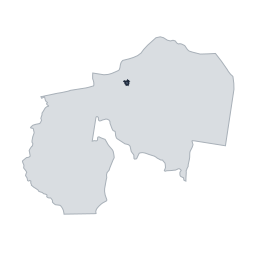 Lusaka, Lusaka, Zambia (highlighted), rotated 189°
{"feature_id": "96606910B10621059217070", "entity_name": "Lusaka", "entity_type": "district", "adm_level": 2, "iso_a3": "ZMB", "parent_name": "Zambia", "parent_adm1": "Lusaka", "projection": "robinson", "projection_center": [28.258, -15.427], "detail": "fine", "context": "in_parent", "style": "filled", "palette": "slate", "viewbox_px": 256, "rotation_deg": 189, "n_neighbors": 0, "source": "geoboundaries", "source_scale": "gbopen_adm2", "svg_char_len": 4563}
<svg xmlns="http://www.w3.org/2000/svg" viewBox="0 0 256 256"><g transform="rotate(189 128 128)"><path d="M171.4,176.8L160.1,176.8L156.0,177.8L152.7,179.3L148.7,181.8L146.3,183.4L145.7,184.4L145.4,186.4L145.4,189.6L145.0,191.9L143.8,193.9L137.7,196.5L133.7,198.5L129.8,201.0L126.8,204.1L124.8,208.0L121.5,212.9L114.5,221.5L110.4,223.1L107.0,222.7L102.9,220.9L99.7,220.6L97.3,221.7L95.0,221.4L93.0,219.5L91.3,218.9L89.9,219.4L88.1,219.3L84.9,218.3L82.0,215.2L80.5,214.0L79.4,213.5L76.0,213.0L68.3,212.3L60.3,213.8L53.3,215.3L46.1,208.5L39.1,201.2L37.6,199.4L35.0,197.0L33.1,195.8L32.4,195.2L30.5,188.7L29.4,182.8L29.0,125.7L60.6,125.7L62.6,125.5L62.7,124.9L61.2,121.8L61.3,120.8L61.7,118.7L63.0,114.6L63.1,113.2L62.5,108.7L62.5,106.2L62.8,101.1L62.6,99.4L63.4,97.1L63.6,95.6L63.9,94.9L63.5,93.2L62.9,87.2L62.5,84.6L64.4,85.0L65.0,86.3L65.4,87.6L66.2,87.7L68.5,88.5L69.3,89.6L69.8,92.0L69.5,93.3L68.8,94.3L69.5,95.2L71.0,95.8L71.9,95.6L74.4,93.9L76.8,93.3L78.0,92.9L83.2,91.8L84.2,91.2L84.9,91.2L85.5,91.7L85.0,93.4L84.8,94.9L85.5,97.8L86.0,99.1L87.1,100.1L87.9,100.6L88.7,101.7L90.6,101.5L94.6,102.9L95.8,103.6L97.5,104.3L98.7,104.5L102.8,105.1L107.1,105.9L109.4,106.0L111.0,105.7L112.1,105.3L112.8,104.9L113.1,104.5L114.7,99.0L115.6,98.6L116.7,98.3L117.3,98.8L118.0,102.2L121.1,105.3L122.2,108.0L123.0,110.2L123.7,110.8L124.9,111.6L126.8,111.8L128.5,111.9L137.0,115.7L137.9,116.4L139.0,118.5L139.6,120.8L140.2,122.6L141.3,122.9L142.3,123.1L143.3,124.3L144.0,125.4L146.5,129.9L146.9,131.7L148.1,132.9L149.7,133.4L151.3,133.4L152.1,132.9L154.3,132.0L156.0,130.9L157.2,130.5L157.9,130.8L158.5,131.5L158.9,133.7L160.1,134.5L161.0,134.2L161.3,133.3L161.3,132.9L161.3,109.4L160.6,109.6L159.6,110.2L157.3,110.3L156.5,110.8L156.2,111.6L156.4,112.6L156.4,113.9L156.1,114.5L155.1,114.7L153.7,114.2L151.1,113.6L148.9,113.2L147.4,111.4L145.3,108.7L144.0,107.4L140.7,104.6L140.1,104.1L139.1,102.8L138.2,100.6L137.4,98.1L137.0,96.4L137.8,94.0L139.7,85.8L140.1,83.3L141.7,80.7L141.9,78.4L141.2,75.5L141.4,73.8L141.6,64.5L141.2,61.6L140.1,58.3L137.7,53.8L137.7,52.8L141.4,49.9L142.5,48.8L144.4,46.4L145.7,44.4L146.5,42.7L146.8,40.6L146.2,38.5L147.4,38.2L177.7,32.9L178.1,34.3L179.0,36.6L180.1,38.3L181.4,39.8L182.5,40.7L183.2,41.0L187.8,40.9L189.5,41.8L191.0,42.9L191.3,44.7L192.3,45.8L193.3,46.7L193.8,46.8L194.5,46.6L195.8,46.6L196.9,47.0L197.5,47.4L197.5,48.9L197.9,49.5L199.5,49.8L201.1,49.9L202.6,50.9L204.3,51.1L206.2,51.5L207.1,52.6L209.2,53.7L211.7,54.7L214.5,56.4L214.5,56.9L215.0,57.8L215.5,58.5L215.5,59.6L215.8,60.5L216.5,60.7L217.1,60.8L217.6,60.1L218.3,60.1L219.1,60.6L219.4,61.7L220.1,63.2L221.1,64.2L221.8,65.1L221.5,66.9L221.1,68.5L222.5,70.1L224.3,71.7L224.8,72.3L224.9,74.6L225.2,75.4L226.4,77.2L227.0,78.5L226.9,79.2L223.6,82.9L221.6,83.5L220.7,84.3L220.2,85.0L221.5,88.8L222.1,90.2L221.6,91.9L220.2,94.9L219.6,95.2L219.5,97.4L219.9,98.3L220.6,98.9L220.8,100.4L220.7,104.3L219.9,108.6L221.4,112.4L221.9,112.8L223.9,112.8L224.3,113.1L223.8,114.2L222.3,115.9L219.7,117.2L215.9,118.6L215.2,120.0L214.6,122.0L215.1,123.1L215.6,123.8L215.4,125.5L215.0,127.4L215.2,128.8L215.0,130.1L214.5,130.7L213.8,132.6L213.0,134.6L212.4,135.4L211.4,136.4L209.9,137.1L209.9,137.5L211.6,138.4L212.1,139.0L212.2,139.4L211.5,140.4L212.3,141.0L213.2,141.5L214.1,142.8L215.1,145.2L215.3,145.5L215.6,145.5L216.2,145.2L217.2,144.3L218.0,143.9L218.9,145.3L203.1,151.3L199.4,152.5L193.9,154.6L192.1,155.4L190.7,156.2L176.1,160.9L173.8,161.8L168.6,164.2L168.5,164.6L168.5,165.6L169.0,167.9L169.9,169.9L170.6,171.1L171.1,174.1L171.4,176.8Z" fill="#d9dde1" stroke="#a8b0b8" stroke-width="1"/><path d="M134.7,170.8L134.7,171.0L134.5,171.4L134.4,171.6L134.3,172.3L134.4,172.5L134.5,172.6L134.5,172.8L134.6,173.0L134.7,173.4L134.7,173.5L134.8,173.6L134.7,173.7L134.8,173.7L134.8,173.8L134.9,174.1L134.9,174.3L134.7,174.4L134.7,174.5L134.8,174.6L134.9,174.8L135.0,174.8L135.0,174.7L135.1,174.8L135.4,174.8L135.5,174.8L135.8,175.0L135.8,174.9L135.9,174.7L136.1,174.8L136.2,174.7L136.2,174.4L136.2,173.8L136.2,173.6L136.3,173.6L136.5,173.6L136.5,173.8L136.7,173.6L137.0,173.5L137.3,173.5L138.0,173.6L138.3,173.8L138.5,173.8L139.0,173.8L139.2,173.4L138.5,173.2L138.1,173.0L138.1,172.8L138.0,172.7L137.9,172.3L137.9,172.1L137.9,171.9L137.8,171.7L137.7,171.6L137.7,171.4L137.4,171.2L137.3,171.3L137.2,171.3L136.7,171.1L136.8,171.0L136.7,170.8L136.6,170.7L136.4,170.5L136.2,170.5L136.2,170.2L136.0,170.3L135.9,170.4L135.6,170.5L135.6,170.9L135.3,171.0L135.2,171.0L135.1,170.9L135.1,171.0L135.1,170.9L134.9,170.9L134.7,170.8L134.7,170.8Z" fill="#64748b" stroke="#1e293b" stroke-width="1.5"/></g></svg>